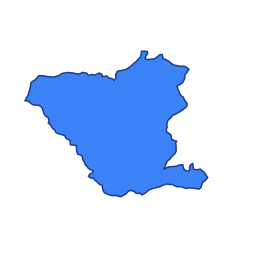 Botuverá, Santa Catarina, Brazil (Equal Earth projection), rotated 64°
{"feature_id": "56859067B27190428165392", "entity_name": "Botuverá", "entity_type": "district", "adm_level": 2, "iso_a3": "BRA", "parent_name": "Brazil", "parent_adm1": "Santa Catarina", "projection": "equal_earth", "projection_center": [-49.118, -27.213], "detail": "fine", "context": "isolated", "style": "filled", "palette": "blue", "viewbox_px": 256, "rotation_deg": 64, "n_neighbors": 0, "source": "geoboundaries", "source_scale": "gbopen_adm2", "svg_char_len": 2665}
<svg xmlns="http://www.w3.org/2000/svg" viewBox="0 0 256 256"><g transform="rotate(64 128 128)"><path d="M101.9,47.5L99.1,48.8L96.8,50.8L95.5,53.9L93.3,56.8L91.3,59.4L88.3,61.0L85.2,62.4L82.6,64.5L80.9,66.2L79.1,65.5L77.0,65.0L76.1,67.2L76.8,70.3L77.5,73.5L76.4,76.8L75.1,80.4L73.2,82.2L71.2,80.6L69.9,77.8L67.9,77.1L66.2,79.2L65.0,82.3L66.8,83.3L69.7,85.8L70.7,88.9L71.7,91.0L72.4,94.4L73.4,97.4L74.1,100.6L74.5,103.7L73.9,107.4L73.0,109.7L72.4,112.8L74.5,115.6L77.7,116.9L79.1,119.6L76.6,120.7L74.6,123.3L71.9,124.3L71.2,126.7L70.3,128.9L68.5,127.9L66.0,129.7L66.0,132.2L65.7,135.0L64.0,137.0L63.4,140.7L60.7,141.0L57.9,144.9L58.3,147.7L57.0,150.1L54.9,152.7L53.4,155.0L51.9,157.4L50.7,161.0L50.1,163.3L50.5,167.0L50.0,170.5L49.5,172.9L48.1,175.2L46.3,178.1L43.6,181.8L41.9,185.2L42.9,187.7L44.2,190.6L44.2,193.7L45.3,195.8L47.9,197.4L49.8,198.9L52.4,201.4L54.6,203.3L56.2,205.8L58.3,208.5L60.2,205.9L62.7,204.7L65.3,203.4L67.4,200.3L68.5,198.3L70.3,197.1L72.8,196.3L75.9,196.9L78.0,197.2L80.0,197.1L81.9,196.3L83.7,195.2L86.5,195.5L88.5,197.4L91.8,196.2L95.5,195.9L98.0,194.6L100.3,194.8L102.4,193.4L104.4,190.9L107.1,188.3L110.5,188.1L113.4,185.7L115.8,186.3L118.0,187.1L119.4,184.6L121.1,182.1L124.0,183.4L126.8,184.5L129.6,184.6L131.8,182.1L134.4,181.6L136.4,182.7L139.6,182.1L142.4,182.5L145.0,181.5L146.9,181.3L148.6,180.1L151.3,178.1L152.8,179.7L152.6,182.7L154.2,184.7L156.5,183.6L158.0,180.9L160.2,180.7L162.6,179.6L166.0,178.4L168.1,176.4L171.0,177.2L174.1,177.9L176.6,177.1L179.2,174.8L181.9,171.8L183.3,168.5L184.8,166.9L186.5,164.9L186.5,161.6L186.4,158.9L184.8,155.3L185.7,152.2L188.1,150.1L190.4,149.3L191.9,145.9L194.3,144.6L194.1,141.0L192.9,136.5L193.2,132.9L193.6,130.4L194.2,127.8L194.8,124.9L194.7,122.1L195.2,118.0L197.1,115.2L198.0,112.9L199.7,111.7L202.0,110.1L204.3,105.7L206.5,103.6L207.9,102.1L208.4,99.7L209.6,97.4L211.3,95.0L212.6,92.9L214.1,90.7L213.4,88.4L211.7,87.0L209.6,84.9L209.0,81.4L207.4,78.1L200.9,79.0L196.6,81.1L195.7,84.9L193.7,87.1L188.2,85.5L188.6,88.1L190.4,90.0L193.0,90.9L193.0,93.6L190.3,95.6L187.9,95.6L185.0,94.9L183.8,97.8L183.4,101.8L181.9,105.6L180.7,109.1L180.6,113.6L176.4,108.9L174.9,107.0L174.4,104.2L172.8,100.9L171.6,97.2L170.0,94.9L166.7,93.4L164.8,92.5L162.6,91.9L161.2,90.1L159.5,92.0L157.0,93.8L154.1,92.6L152.2,92.6L150.4,93.8L148.3,95.0L146.0,94.1L144.4,92.4L141.8,91.7L138.6,88.7L137.7,85.3L136.1,82.3L136.5,79.5L136.2,76.4L136.0,73.5L135.5,69.9L134.5,66.1L132.6,64.2L129.4,64.5L126.9,65.0L124.7,64.7L122.2,66.1L119.2,66.4L116.7,66.1L114.1,66.0L111.8,65.5L111.7,62.3L111.2,59.0L109.5,56.7L107.9,55.0L105.2,53.6L103.7,50.3L101.9,47.5Z" fill="#3b82f6" stroke="#1e3a8a" stroke-width="1.5"/></g></svg>